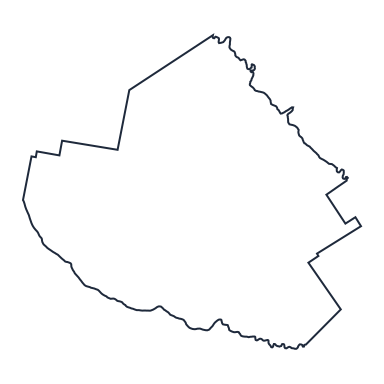 Atamisqui, Santiago del Estero, Argentina (orthographic projection)
{"feature_id": "61730980B38115144575329", "entity_name": "Atamisqui", "entity_type": "district", "adm_level": 2, "iso_a3": "ARG", "parent_name": "Argentina", "parent_adm1": "Santiago del Estero", "projection": "orthographic", "projection_center": [-63.835, -28.669], "detail": "fine", "context": "isolated", "style": "outline", "palette": "slate", "viewbox_px": 384, "rotation_deg": 0, "n_neighbors": 0, "source": "geoboundaries", "source_scale": "gbopen_adm2", "svg_char_len": 5949}
<svg xmlns="http://www.w3.org/2000/svg" viewBox="0 0 384 384"><path d="M197.4,328.7L199.2,328.6L200.1,328.6L202.8,329.6L205.6,330.2L207.3,330.3L209.0,329.7L209.7,329.1L210.5,328.1L211.6,327.0L212.5,326.1L213.9,323.9L214.9,322.6L217.1,320.7L218.3,319.9L219.2,319.5L220.8,319.5L221.4,320.0L221.7,321.5L222.2,323.3L222.9,324.3L224.1,324.6L225.4,324.8L227.3,325.0L227.8,325.2L228.1,326.2L228.5,327.3L228.9,328.2L229.2,329.9L230.4,330.8L232.1,331.6L234.0,332.2L235.1,332.2L237.2,331.9L238.3,332.0L239.1,332.5L239.3,333.3L240.1,334.0L240.5,334.9L241.2,335.8L242.5,336.3L244.3,336.6L246.9,336.7L248.8,337.2L250.2,336.8L251.8,336.7L252.9,336.5L254.7,336.5L255.2,336.9L255.3,337.7L255.4,338.9L255.7,340.0L256.9,340.4L257.8,340.0L258.3,339.6L259.3,339.0L260.0,338.7L260.8,338.8L261.5,339.0L262.2,339.6L262.7,340.2L263.7,340.7L264.4,340.7L265.3,340.5L266.4,340.2L267.7,340.0L268.3,340.3L268.5,340.7L268.5,341.4L268.5,342.7L268.6,343.2L269.2,344.3L270.0,345.1L270.5,345.7L271.2,347.1L272.1,347.4L272.7,347.0L273.1,346.5L273.2,345.8L273.9,344.0L274.6,344.0L275.3,344.3L276.0,345.3L277.3,346.1L278.3,346.2L279.4,346.6L280.1,346.3L281.2,346.0L281.7,345.0L281.9,344.3L282.9,344.0L283.8,344.2L284.3,345.0L284.4,345.8L284.5,347.2L285.2,348.2L286.6,348.3L287.4,347.7L288.4,347.1L289.3,346.8L290.0,347.0L290.7,347.3L291.5,348.1L293.8,348.4L294.9,348.8L296.3,348.8L296.8,348.5L297.8,347.5L298.1,346.5L298.5,345.8L299.0,345.1L299.7,344.4L300.7,344.4L301.3,344.5L302.1,344.9L302.5,345.2L302.5,345.9L302.9,346.6L303.9,346.6L304.2,345.9L304.2,345.2L304.6,344.8L305.3,344.6L305.9,344.6L340.8,309.4L308.4,262.7L318.4,256.0L317.0,253.6L361.0,226.2L355.4,217.2L345.4,223.6L326.4,194.7L338.3,186.4L346.7,180.6L346.6,179.3L347.8,177.9L346.9,176.9L345.9,177.1L345.2,178.7L344.2,178.9L343.0,178.4L342.6,177.3L342.9,175.5L343.6,174.4L343.8,172.3L343.7,170.5L342.8,169.8L341.8,169.5L340.9,170.2L340.2,171.3L339.1,172.4L337.9,172.3L336.9,171.4L336.7,169.8L337.0,168.0L335.7,167.3L334.1,165.7L331.9,164.1L329.0,163.8L326.7,161.9L324.9,160.7L323.3,159.7L322.2,159.2L320.1,158.1L319.3,157.2L318.4,155.3L317.9,154.8L317.2,154.2L316.4,153.2L313.6,150.8L312.8,149.9L312.4,149.4L312.1,149.2L311.6,148.6L310.7,147.8L309.7,146.6L308.7,146.1L307.0,145.2L305.1,143.4L304.4,143.3L304.2,143.0L303.5,141.7L303.2,140.7L302.7,139.7L302.5,138.7L302.2,138.2L301.2,137.1L300.5,136.7L299.2,135.5L298.8,134.2L298.4,132.7L298.4,131.5L298.6,130.5L298.6,129.9L298.6,129.7L297.8,128.7L297.3,127.7L296.0,126.7L295.6,126.3L294.6,125.7L292.6,125.0L291.5,124.8L289.4,124.3L289.1,123.7L288.3,122.6L288.2,122.2L288.1,120.7L288.1,118.9L288.0,118.5L287.8,117.7L287.8,116.3L287.4,115.7L287.4,115.0L288.3,113.8L290.3,112.5L291.8,111.2L292.7,110.0L292.7,109.3L292.9,108.0L293.1,107.4L292.0,107.3L289.5,108.9L289.1,109.3L287.2,110.5L285.8,111.2L284.5,112.2L283.2,112.8L282.1,113.4L280.7,113.6L280.3,113.1L278.7,110.2L277.4,109.2L277.3,108.7L277.0,107.5L276.1,106.3L275.2,105.9L273.2,105.1L272.4,104.8L271.7,104.3L271.1,104.0L270.6,101.5L270.6,100.6L269.9,99.2L269.3,98.5L268.2,97.1L266.9,95.3L266.0,94.5L265.0,93.6L263.9,92.8L262.8,92.4L261.5,92.1L259.9,91.7L258.4,91.5L257.5,91.1L256.1,90.9L255.3,90.4L254.8,90.2L254.4,89.3L253.7,88.4L252.9,87.5L251.2,86.3L249.9,85.1L249.8,84.1L250.3,82.7L250.3,81.7L251.3,80.5L251.6,79.0L252.3,77.7L253.3,75.5L253.3,74.6L253.5,73.9L253.4,73.1L253.1,72.4L252.3,71.9L251.4,72.2L250.6,71.4L250.6,70.8L251.4,70.5L253.0,70.5L253.8,70.2L254.4,69.6L254.6,69.2L254.9,68.6L254.7,67.2L254.8,66.3L254.3,65.7L254.0,65.1L252.4,64.4L252.0,64.3L251.6,64.9L251.9,65.5L251.6,66.3L251.6,67.5L251.0,67.8L249.5,69.2L248.8,69.2L247.5,68.8L247.1,67.9L246.8,66.7L246.7,64.8L246.3,63.9L246.2,63.0L245.7,62.2L245.7,61.0L245.4,60.5L245.2,60.4L245.1,60.1L244.5,59.5L243.5,59.3L240.5,60.3L239.7,59.5L238.9,58.3L237.9,57.5L236.8,57.1L236.0,56.4L235.3,55.4L235.3,54.2L234.7,52.1L234.1,51.4L232.6,50.7L231.0,49.7L230.4,49.0L229.5,47.6L229.5,46.1L229.9,44.5L229.9,42.4L230.2,40.5L230.4,38.7L230.0,37.7L229.0,37.1L228.0,37.1L226.9,37.5L226.3,37.9L225.6,38.9L224.9,40.2L223.3,42.1L221.0,42.8L219.1,43.1L218.6,42.1L219.0,39.1L218.8,38.2L217.8,37.6L216.8,37.1L215.7,36.7L214.9,37.2L214.4,38.2L213.2,38.1L212.6,37.0L212.7,36.1L212.9,35.2L129.3,90.1L117.6,149.8L62.1,140.7L59.4,155.4L36.8,151.4L35.8,157.2L31.5,156.4L23.0,200.1L23.7,201.3L24.5,203.7L25.3,206.7L26.2,209.2L27.6,212.4L28.9,215.2L29.8,218.3L31.5,223.2L32.6,225.6L33.9,227.7L35.5,229.7L37.0,231.3L37.9,232.5L38.5,233.8L39.1,235.2L39.8,236.4L40.8,237.4L41.6,238.3L41.9,239.2L42.0,240.5L42.4,242.2L43.6,244.4L46.1,246.6L47.3,247.9L48.8,249.0L50.6,250.2L53.0,251.9L55.1,253.1L56.3,253.9L57.8,254.7L60.7,257.5L62.1,258.8L64.1,260.4L65.0,261.4L66.3,261.9L67.4,262.0L68.5,262.4L69.4,262.7L70.6,263.3L71.2,264.2L71.3,265.2L71.3,266.2L71.6,267.4L72.1,268.4L72.9,270.1L74.1,271.8L74.8,273.3L76.6,275.3L78.6,277.5L80.1,279.6L80.9,280.5L82.5,282.7L83.4,283.7L84.2,284.7L85.0,285.4L86.2,286.1L87.9,286.6L89.8,287.1L90.9,287.7L94.3,288.5L96.0,289.2L97.8,289.8L99.0,290.8L101.3,293.3L102.5,294.3L104.3,295.4L105.3,295.9L106.5,296.4L107.4,297.4L108.5,297.9L109.7,298.4L110.7,298.8L111.7,298.7L112.6,298.6L113.8,298.6L114.9,299.0L116.4,300.0L117.2,300.8L118.2,301.1L118.7,301.2L119.5,301.3L120.5,301.6L121.4,301.9L122.3,302.4L122.7,303.1L123.4,303.8L124.6,304.7L125.3,305.0L126.0,306.0L127.0,306.8L128.3,307.3L130.0,307.8L131.3,308.4L133.1,308.8L134.5,309.4L136.6,310.1L138.7,310.1L141.2,310.5L142.5,310.6L144.8,310.5L146.5,310.6L148.4,310.6L149.3,310.7L150.0,310.7L150.9,310.5L153.4,309.5L154.2,309.0L155.6,308.2L156.6,307.4L157.4,306.9L158.7,306.4L159.8,306.4L161.0,306.6L161.7,307.2L163.0,308.4L164.2,309.8L165.1,310.2L166.4,311.2L167.5,311.9L168.3,312.4L168.9,313.1L169.8,314.1L170.1,314.6L171.1,315.1L172.5,315.6L174.1,316.3L175.3,317.2L176.2,317.7L177.9,318.1L179.2,318.6L180.7,318.8L182.6,319.4L183.7,320.0L185.6,322.5L186.2,324.3L188.0,326.4L189.5,327.8L191.2,328.5L192.7,329.0L194.7,329.2L195.8,329.1L197.4,328.7Z" fill="none" stroke="#1e293b" stroke-width="2"/></svg>